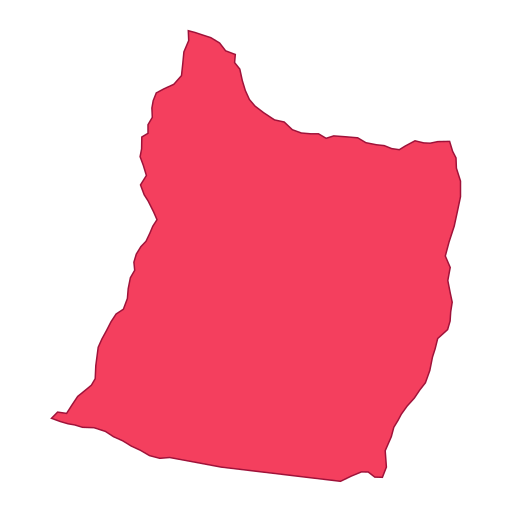 the district of Emilianópolis, São Paulo, Brazil
{"feature_id": "56859067B80987018842318", "entity_name": "Emilianópolis", "entity_type": "district", "adm_level": 2, "iso_a3": "BRA", "parent_name": "Brazil", "parent_adm1": "São Paulo", "projection": "natural_earth1", "projection_center": [-51.48, -21.789], "detail": "fine", "context": "isolated", "style": "filled", "palette": "rose", "viewbox_px": 512, "rotation_deg": 0, "n_neighbors": 0, "source": "geoboundaries", "source_scale": "gbopen_adm2", "svg_char_len": 1693}
<svg xmlns="http://www.w3.org/2000/svg" viewBox="0 0 512 512"><path d="M219.6,43.0L210.9,37.7L202.3,34.9L195.1,32.5L188.3,30.7L188.7,40.6L183.9,51.9L182.8,63.4L181.5,75.6L173.8,84.3L164.2,88.7L156.3,92.9L153.2,100.7L151.9,108.0L152.3,117.4L148.0,124.7L148.0,133.3L141.8,137.0L141.6,148.9L140.1,156.7L143.3,165.3L146.4,175.5L140.5,184.9L144.2,194.8L148.1,200.9L153.6,211.9L157.0,219.7L152.8,226.2L149.9,233.1L146.0,241.3L140.9,246.6L136.3,254.1L133.9,262.2L134.7,270.3L130.4,277.7L128.2,288.7L127.4,298.5L123.4,309.2L116.1,314.0L111.0,321.8L106.5,330.6L101.9,339.0L98.2,347.3L95.8,365.6L95.2,378.7L91.4,385.2L84.5,390.9L77.7,396.4L72.1,404.8L66.6,413.4L57.6,412.1L51.5,418.3L60.2,421.5L68.1,423.8L74.6,424.9L82.5,427.3L94.0,427.7L105.4,431.4L113.5,436.7L122.7,440.8L131.3,446.1L140.2,450.2L149.5,455.6L159.8,458.3L169.7,457.5L221.2,467.1L340.5,481.3L351.5,476.0L361.4,471.9L368.2,472.0L374.8,477.1L382.4,477.3L386.4,467.1L385.2,450.7L391.3,436.7L393.8,427.3L398.0,420.4L401.3,414.2L407.1,406.1L414.4,398.0L419.9,389.8L425.4,382.8L429.8,370.5L432.5,357.0L435.1,348.9L437.7,338.5L447.6,329.6L450.1,321.0L450.7,311.8L452.2,302.2L450.2,292.8L447.8,280.5L450.2,267.5L445.3,256.0L449.1,241.8L454.2,226.2L457.3,211.9L460.5,196.7L460.5,181.1L456.4,168.2L456.0,157.9L452.6,151.3L449.6,141.4L437.8,141.6L430.1,143.2L423.7,142.9L415.0,140.8L405.1,146.1L399.3,149.7L391.7,148.6L384.2,145.6L376.6,144.8L365.9,142.7L357.7,137.8L344.7,136.7L333.7,135.9L326.1,138.3L318.5,133.8L310.7,133.8L301.3,133.0L292.3,129.7L284.2,122.0L274.5,119.9L263.5,112.6L255.0,106.1L249.4,99.5L245.3,90.5L242.3,80.6L239.8,69.1L234.6,62.6L235.3,54.5L225.6,50.8L219.6,43.0Z" fill="#f43f5e" stroke="#9f1239" stroke-width="1.5"/></svg>